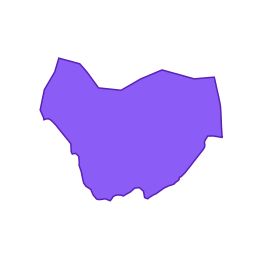 Abu Zabad, North Kordufan, Sudan (Natural Earth projection), rotated 20°
{"feature_id": "16777658B30413539722349", "entity_name": "Abu Zabad", "entity_type": "district", "adm_level": 2, "iso_a3": "SDN", "parent_name": "Sudan", "parent_adm1": "North Kordufan", "projection": "natural_earth1", "projection_center": [29.458, 12.635], "detail": "fine", "context": "isolated", "style": "filled", "palette": "violet", "viewbox_px": 256, "rotation_deg": 20, "n_neighbors": 0, "source": "geoboundaries", "source_scale": "gbopen_adm2", "svg_char_len": 1692}
<svg xmlns="http://www.w3.org/2000/svg" viewBox="0 0 256 256"><g transform="rotate(20 128 128)"><path d="M219.7,104.5L219.6,104.2L219.6,103.8L219.0,103.1L218.2,101.4L218.0,100.9L217.2,99.0L216.0,96.3L211.2,84.7L210.4,82.7L207.8,76.7L205.7,72.9L204.1,70.3L204.0,70.1L200.8,65.0L199.3,62.8L192.5,52.0L191.8,50.9L192.1,50.5L191.9,50.6L173.4,59.2L140.1,61.8L123.1,77.6L108.6,94.9L86.6,100.4L70.2,89.4L60.8,84.2L39.1,86.0L40.0,100.4L36.3,120.5L39.3,141.1L44.0,146.0L45.2,147.2L46.0,148.8L46.1,149.0L48.0,147.5L50.2,146.5L53.4,147.1L59.1,149.9L66.8,154.6L77.4,160.9L79.6,162.4L81.2,165.9L82.5,169.3L83.6,170.8L84.6,171.5L86.1,170.5L87.4,169.8L89.6,170.6L91.4,171.6L93.4,175.7L94.9,180.0L98.5,184.3L103.1,191.7L105.1,194.8L108.3,197.1L114.1,198.5L118.1,202.8L122.7,205.5L125.0,205.3L128.0,203.9L130.6,202.4L136.2,202.4L137.0,199.8L137.5,197.5L139.1,195.7L141.1,194.5L144.2,193.5L146.8,193.5L148.7,191.2L152.0,187.4L154.8,182.3L159.0,180.1L164.1,182.1L165.8,184.9L167.4,187.7L169.1,187.9L170.8,187.7L171.0,187.4L171.6,186.2L174.7,182.3L175.6,181.4L177.2,179.8L178.0,178.5L182.6,171.8L184.7,169.9L185.1,169.4L185.7,168.6L186.5,168.1L187.4,167.4L188.6,166.5L190.6,164.7L190.9,163.8L191.0,163.3L191.4,162.7L192.5,161.2L193.5,159.3L193.5,158.9L193.6,158.5L193.2,157.2L193.4,156.4L194.6,155.5L197.0,150.1L198.0,147.1L199.8,141.7L201.2,137.2L203.6,130.0L203.8,129.2L206.0,122.5L206.0,122.3L206.2,121.5L206.5,119.9L206.2,118.5L206.1,117.9L206.0,117.6L205.4,116.7L204.9,115.7L204.8,115.4L204.6,114.5L204.7,113.9L204.8,112.2L205.4,110.2L205.4,109.2L205.8,108.2L206.8,107.9L207.4,107.7L210.5,106.4L212.6,106.0L218.9,104.8L219.5,104.8L219.7,104.5Z" fill="#8b5cf6" stroke="#5b21b6" stroke-width="1.5"/></g></svg>